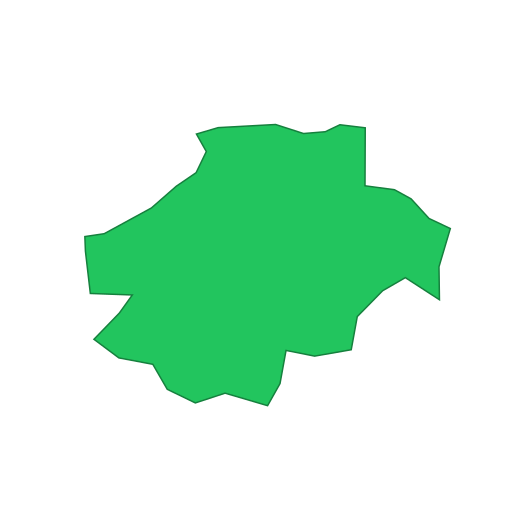 map outline of Glogovac (Albers equal-area conic projection), rotated 60°
{"feature_id": "KOS-5899", "entity_name": "Glogovac", "entity_type": "District", "adm_level": 1, "iso_a3": "XKX", "parent_name": "Kosovo", "parent_adm1": "", "projection": "albers", "projection_center": [20.868, 42.604], "detail": "fine", "context": "isolated", "style": "filled", "palette": "green", "viewbox_px": 512, "rotation_deg": 60, "n_neighbors": 0, "source": "natural_earth", "source_scale": "10m", "svg_char_len": 634}
<svg xmlns="http://www.w3.org/2000/svg" viewBox="0 0 512 512"><g transform="rotate(60 256 256)"><path d="M153.6,394.5L160.8,376.3L162.1,322.5L155.7,290.1L153.9,266.2L140.7,246.8L120.6,246.6L125.9,224.6L151.9,173.3L173.7,153.6L183.0,133.9L184.3,117.7L199.6,97.3L249.7,126.5L267.9,102.9L284.1,93.1L310.0,87.4L329.4,74.0L356.8,102.9L385.6,119.0L349.4,137.5L349.4,163.7L359.1,198.6L384.8,220.4L372.0,255.3L352.8,277.2L378.5,299.0L391.4,320.8L359.3,351.4L352.9,382.0L327.1,399.5L298.2,399.5L275.7,425.7L247.1,438.0L237.1,402.9L227.9,382.6L205.6,418.2L166.5,401.3L153.6,394.5Z" fill="#22c55e" stroke="#15803d" stroke-width="1.5"/></g></svg>